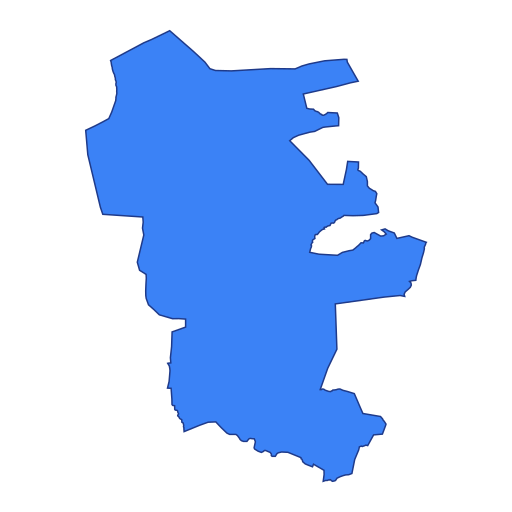 the district of Maradun, Zamfara, Nigeria
{"feature_id": "59680162B87372052025364", "entity_name": "Maradun", "entity_type": "district", "adm_level": 2, "iso_a3": "NGA", "parent_name": "Nigeria", "parent_adm1": "Zamfara", "projection": "mercator", "projection_center": [6.33, 12.717], "detail": "fine", "context": "isolated", "style": "filled", "palette": "blue", "viewbox_px": 512, "rotation_deg": 0, "n_neighbors": 0, "source": "geoboundaries", "source_scale": "gbopen_adm2", "svg_char_len": 4760}
<svg xmlns="http://www.w3.org/2000/svg" viewBox="0 0 512 512"><path d="M146.0,283.4L145.7,290.9L145.8,295.6L146.2,298.4L148.5,304.8L153.6,309.3L159.2,314.7L159.6,314.9L172.6,318.7L178.7,318.6L185.6,319.1L185.6,327.1L172.1,331.9L171.9,337.7L171.6,346.7L170.4,357.7L170.8,362.9L168.0,363.2L167.7,363.3L169.3,365.9L169.8,368.6L170.0,370.8L169.1,381.5L167.5,388.1L171.1,388.3L171.9,399.1L172.0,404.5L172.7,405.4L174.6,405.7L174.7,408.5L174.7,409.3L175.0,409.8L175.4,410.1L176.3,410.2L177.3,410.5L177.7,411.2L177.8,412.2L178.3,413.2L178.6,413.9L178.2,414.5L177.8,415.1L177.7,415.8L178.9,416.9L179.2,417.6L179.6,418.3L180.4,419.0L181.7,419.6L181.9,422.3L183.2,423.0L183.5,424.4L183.7,425.4L183.5,426.8L183.9,427.6L183.9,428.9L184.1,431.6L199.8,425.2L208.1,422.2L215.8,421.9L219.1,425.4L219.2,425.5L221.5,427.9L226.9,433.1L229.6,434.4L233.0,434.4L235.9,434.4L237.4,435.5L239.4,438.2L240.1,439.5L241.5,440.7L243.5,441.4L246.9,441.4L248.7,439.1L249.4,438.6L250.7,438.4L252.0,438.7L254.3,438.8L255.4,441.8L254.6,445.4L254.1,447.8L254.6,449.0L258.1,451.2L261.4,452.4L263.3,451.5L264.4,450.5L265.7,450.5L268.2,451.6L270.2,452.4L271.4,454.1L271.3,455.6L272.1,456.3L273.5,456.3L275.3,456.3L277.0,453.6L278.3,452.8L281.6,452.0L287.9,452.3L300.9,457.6L301.1,458.8L301.4,458.9L301.8,459.2L302.1,459.5L302.2,460.0L302.5,460.7L302.6,461.1L302.7,461.7L305.2,463.9L308.3,465.2L312.5,466.8L313.5,464.2L324.0,470.3L324.1,474.5L323.2,481.3L325.8,480.4L327.1,480.5L328.7,479.9L329.5,480.0L330.0,479.6L330.5,479.7L331.3,480.6L332.5,481.3L334.1,481.0L335.5,480.5L337.0,478.2L340.1,476.7L343.2,475.6L345.7,474.9L348.7,474.7L351.9,473.5L354.7,459.5L358.7,449.9L359.4,446.8L361.3,446.1L362.2,446.5L364.3,445.8L365.9,445.1L367.7,445.6L373.6,434.9L382.4,434.1L385.6,425.5L386.0,424.1L384.2,421.3L383.0,419.9L382.6,418.9L380.5,416.5L362.9,413.5L360.3,407.6L354.3,393.6L347.5,391.5L342.9,390.3L340.0,389.0L338.1,389.1L336.2,389.7L334.2,390.0L332.9,390.0L332.4,390.7L331.3,391.0L330.7,391.6L328.7,391.4L325.2,390.2L323.8,389.2L322.4,389.0L321.1,389.7L320.2,389.6L327.7,368.3L336.9,349.2L335.3,303.9L384.0,297.1L400.1,295.5L404.7,296.4L404.1,294.3L405.2,291.9L408.2,289.3L410.3,287.3L411.3,285.1L411.0,283.0L409.5,281.4L412.1,280.7L415.8,280.3L416.2,277.5L416.6,275.6L418.4,270.0L420.4,264.5L422.0,257.6L423.3,253.4L423.6,252.3L424.4,248.7L424.2,248.0L424.4,246.8L425.3,244.9L425.7,243.8L425.8,243.0L426.3,242.3L412.1,237.2L409.0,235.7L396.9,238.4L394.3,233.0L388.3,230.8L385.1,228.9L381.6,229.9L384.2,231.8L386.2,234.1L383.6,235.8L380.7,236.1L374.2,232.5L371.9,233.1L370.6,234.6L370.6,238.6L369.4,240.0L368.4,240.6L367.3,241.0L366.3,240.8L365.2,240.4L364.4,240.8L363.4,242.9L361.0,242.8L359.7,244.2L358.4,245.5L356.9,246.7L355.6,247.9L352.8,250.1L349.2,250.7L342.4,252.4L337.5,255.3L319.0,254.2L309.7,252.3L310.6,248.6L311.4,246.8L311.5,245.6L311.0,245.0L311.2,244.5L312.0,242.9L312.7,242.2L312.3,241.1L312.6,240.1L313.6,239.3L314.9,238.5L314.8,238.0L314.7,236.6L315.0,235.1L315.7,234.5L317.3,234.5L318.3,233.4L319.3,232.0L321.2,230.4L322.6,229.4L324.2,229.0L324.5,228.9L324.0,228.0L324.2,227.4L325.1,227.1L326.2,227.2L326.8,226.6L328.1,225.9L330.0,225.5L330.5,224.4L331.1,223.2L332.4,223.0L333.7,223.1L334.6,222.2L335.1,220.9L335.7,220.1L336.8,219.7L337.5,219.0L338.5,218.5L340.2,218.1L342.1,216.8L343.2,216.2L343.9,215.4L353.0,215.7L363.3,215.4L376.8,213.6L378.6,212.5L378.0,207.0L375.0,202.8L375.6,200.6L376.3,196.2L376.8,193.7L375.4,191.4L373.1,190.6L371.6,189.6L369.4,188.3L367.4,185.9L367.4,181.6L366.3,176.7L362.9,173.8L360.3,171.3L358.2,170.4L357.8,169.5L358.4,168.1L358.5,162.0L347.7,161.4L346.4,169.6L343.2,184.4L327.5,184.3L311.0,162.8L309.2,160.4L289.7,140.7L293.4,137.6L298.7,135.2L309.6,132.2L314.7,131.4L322.8,127.4L325.3,127.0L336.1,125.9L338.6,125.7L338.8,117.7L337.3,113.0L327.8,112.5L326.6,113.6L325.2,114.5L323.5,115.3L322.2,115.2L321.8,114.5L321.0,114.2L320.1,113.8L319.6,113.2L318.5,112.2L317.3,111.6L316.3,111.4L314.8,110.7L313.5,109.2L309.7,109.0L306.8,108.3L303.3,94.0L336.7,86.5L350.5,82.8L358.2,81.2L347.3,62.1L346.9,59.4L344.0,59.3L324.7,60.8L309.2,63.9L301.9,66.0L298.7,67.4L295.1,68.9L270.6,68.6L231.4,70.9L215.4,70.5L209.9,68.7L204.9,62.1L193.6,51.6L169.7,30.7L151.1,39.7L144.0,42.7L110.6,60.5L111.1,61.9L111.3,63.4L111.6,65.3L112.3,67.8L112.3,68.7L112.6,69.9L113.1,71.6L113.7,73.1L114.5,74.6L114.8,76.4L115.3,77.9L115.4,79.8L116.0,81.1L116.2,82.7L115.9,83.7L115.9,84.4L116.0,85.6L116.5,86.4L116.7,87.2L116.7,88.5L116.8,89.0L116.7,91.8L116.8,92.4L116.8,93.7L116.2,96.3L115.9,97.2L116.0,97.9L115.7,100.7L111.7,112.1L108.8,118.6L103.3,121.6L95.0,125.9L85.7,130.3L87.8,154.7L100.4,207.3L102.8,214.3L142.8,217.0L143.2,222.2L142.5,228.1L143.8,235.0L137.3,262.2L139.6,270.3L146.1,274.4L146.3,278.2L146.0,283.4Z" fill="#3b82f6" stroke="#1e3a8a" stroke-width="1.5"/></svg>